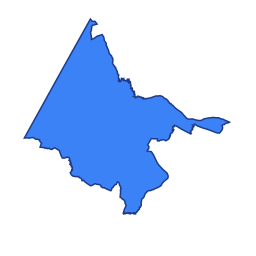 the district of Kasongo, Maniema, Democratic Republic of the Congo, rotated 119°
{"feature_id": "63176286B88012685356826", "entity_name": "Kasongo", "entity_type": "district", "adm_level": 2, "iso_a3": "COD", "parent_name": "Democratic Republic of the Congo", "parent_adm1": "Maniema", "projection": "orthographic", "projection_center": [26.428, -4.177], "detail": "fine", "context": "isolated", "style": "filled", "palette": "blue", "viewbox_px": 256, "rotation_deg": 119, "n_neighbors": 0, "source": "geoboundaries", "source_scale": "gbopen_adm2", "svg_char_len": 5700}
<svg xmlns="http://www.w3.org/2000/svg" viewBox="0 0 256 256"><g transform="rotate(119 128 128)"><path d="M205.0,90.8L205.3,89.9L204.5,89.5L204.0,89.9L204.1,89.2L203.7,89.3L203.8,88.5L203.3,88.3L203.0,87.3L202.8,87.2L202.5,87.4L202.0,87.1L202.0,86.6L202.4,86.4L202.5,86.1L201.9,85.7L202.1,85.4L201.4,85.2L201.7,84.4L201.0,84.5L201.0,83.7L200.4,83.8L200.7,83.6L200.3,82.5L199.5,82.0L199.8,81.7L199.3,81.2L199.8,81.1L199.6,80.9L200.0,80.7L199.5,79.7L198.8,80.1L198.2,80.0L197.5,79.5L197.2,79.8L195.4,79.2L195.4,79.4L194.7,79.4L193.5,78.8L192.8,78.9L192.4,79.5L191.7,79.1L191.3,79.3L191.1,78.9L189.5,78.8L187.3,80.1L185.8,80.7L185.5,80.7L185.0,81.1L183.3,81.4L182.2,80.9L180.9,80.6L177.0,81.1L173.4,80.1L172.7,79.6L172.1,78.1L170.2,76.9L169.7,76.0L168.0,75.0L165.3,72.8L162.4,71.2L159.5,71.2L157.1,70.6L153.0,68.9L152.2,68.9L150.5,69.6L148.5,72.0L147.2,77.9L145.2,83.7L143.9,86.1L139.3,92.4L137.7,95.4L137.4,96.3L138.7,99.5L138.8,100.2L138.1,100.3L135.7,99.9L134.1,100.7L133.3,102.6L126.0,102.5L124.6,99.5L123.3,97.5L123.5,96.7L124.2,96.6L124.9,96.1L124.9,95.6L124.0,94.2L123.0,93.9L122.5,93.0L121.2,91.8L120.8,90.3L120.9,88.9L120.2,88.3L118.0,87.1L116.9,87.0L116.1,87.4L115.7,87.0L115.2,87.3L114.6,87.2L114.3,87.8L113.9,87.5L113.6,87.6L113.4,87.5L112.7,88.0L112.5,87.8L111.1,87.7L110.7,87.0L109.4,87.3L109.1,87.1L108.9,87.5L108.8,87.2L108.2,87.4L108.1,87.2L107.6,88.0L107.3,87.7L107.3,88.2L106.8,88.2L106.2,89.0L105.2,89.5L105.0,89.4L105.1,89.0L104.6,89.0L104.4,88.3L103.4,88.6L103.6,88.2L102.8,87.2L103.1,80.8L102.8,70.3L102.6,70.1L102.2,70.3L101.9,70.2L101.6,70.9L100.6,71.7L100.3,71.3L99.5,71.5L98.3,70.8L97.3,71.0L97.1,71.7L96.4,71.5L96.4,71.3L96.3,71.7L95.4,71.3L95.5,71.8L95.1,71.7L95.3,72.1L94.7,72.0L94.8,72.5L94.4,72.0L94.4,71.7L94.0,71.9L93.9,72.3L93.7,71.7L93.2,71.7L92.6,70.9L92.3,71.1L92.5,68.0L91.7,62.6L90.5,57.0L89.2,48.1L88.1,45.5L85.1,44.9L83.2,44.9L81.6,45.5L80.2,47.0L79.3,46.7L78.2,45.3L76.8,45.0L75.9,44.2L74.9,42.8L73.7,42.1L74.2,46.9L74.2,48.9L74.9,50.7L75.1,53.7L76.5,56.3L77.4,58.5L78.2,59.8L78.8,60.3L79.9,62.1L83.2,66.0L85.3,67.2L86.6,68.6L87.9,71.9L88.8,76.0L90.6,78.8L91.1,80.5L90.9,82.3L90.1,84.0L89.7,85.7L88.5,88.6L87.9,94.6L87.3,97.6L86.4,99.7L86.6,101.4L85.8,102.3L86.2,102.9L86.1,103.9L85.7,104.2L85.5,105.4L85.0,105.7L84.8,106.2L84.1,108.6L84.4,110.2L83.9,112.1L83.8,114.0L84.4,116.0L85.1,116.7L86.6,119.3L90.5,122.7L93.4,126.2L94.0,126.6L94.1,127.9L94.9,128.4L95.2,129.1L95.1,129.7L94.5,129.1L94.3,129.1L94.1,129.5L94.8,130.5L94.5,131.2L95.1,132.3L94.8,132.9L95.3,133.1L95.3,134.8L96.2,135.4L97.0,135.2L98.0,136.4L96.9,137.1L96.8,137.3L97.1,137.2L97.4,137.5L97.5,138.1L97.1,137.7L96.6,137.8L96.8,138.0L96.5,138.3L95.2,138.3L95.0,138.5L95.3,139.2L95.2,139.6L94.3,139.8L93.7,140.6L93.4,140.6L93.3,139.9L93.0,140.1L92.9,140.4L93.2,140.7L93.8,140.9L93.7,141.5L93.6,141.9L93.4,142.0L93.4,141.7L92.8,142.1L92.6,142.5L92.9,142.7L92.8,142.8L92.6,142.6L92.2,142.9L91.8,143.6L91.4,143.3L91.0,143.8L91.5,144.3L92.1,144.1L92.1,144.9L91.3,144.9L90.6,145.5L89.6,145.8L89.6,146.5L88.8,146.5L88.5,147.0L86.9,148.0L87.2,149.5L87.7,148.9L88.1,149.0L88.2,149.3L87.1,150.3L86.5,150.2L86.2,149.4L85.9,150.3L84.8,150.8L85.2,151.4L85.3,151.1L85.6,151.3L85.7,151.8L86.0,151.7L86.0,152.2L86.5,152.1L86.5,151.6L86.7,151.8L87.1,151.5L87.0,151.8L87.1,151.6L87.4,151.8L87.2,151.9L87.7,152.6L87.8,153.7L88.5,154.0L87.8,154.0L87.8,154.6L88.6,154.7L88.2,155.4L86.8,155.8L87.8,156.9L87.6,157.7L87.9,157.8L88.4,157.5L88.2,157.4L88.3,157.1L88.5,157.1L88.6,156.8L90.4,157.0L90.5,156.8L90.5,157.0L91.0,157.2L90.9,157.4L91.1,157.3L91.3,157.9L91.6,157.9L91.7,158.4L91.5,159.0L91.0,158.9L90.8,159.6L89.5,159.1L88.9,160.6L87.9,161.3L86.6,161.6L85.8,162.2L85.8,163.3L85.6,163.7L84.5,164.1L83.8,164.8L82.1,167.2L81.0,168.3L80.9,169.4L80.4,169.8L80.2,170.7L79.2,172.4L78.6,173.1L76.4,173.8L75.2,174.8L74.6,175.0L74.5,175.5L72.9,177.4L72.1,180.2L68.7,183.6L68.6,184.1L67.7,185.3L67.2,185.5L67.1,186.1L66.6,186.5L66.5,186.9L64.5,188.1L63.0,191.1L60.3,193.2L58.8,195.9L62.8,199.6L66.0,201.1L68.3,203.0L66.3,203.9L65.5,204.7L65.2,204.7L64.3,205.8L63.7,206.3L63.1,206.4L62.4,207.1L59.7,207.6L58.7,208.2L58.0,208.2L57.4,208.8L55.6,209.0L52.1,205.4L50.7,208.7L52.1,211.0L50.9,213.7L109.7,213.9L187.0,213.8L186.2,212.4L185.6,211.7L184.7,209.4L184.3,209.1L182.6,206.8L182.3,205.6L182.6,203.1L181.3,200.8L181.6,200.3L181.4,199.5L181.9,199.3L182.3,198.7L183.1,197.1L183.2,196.2L185.3,196.0L187.4,195.6L185.7,191.5L186.0,190.8L185.5,190.7L185.2,190.2L185.1,188.5L184.3,187.3L183.9,187.1L184.1,185.5L183.7,184.2L180.9,182.7L180.9,177.4L184.6,173.1L186.1,170.8L184.8,168.6L183.0,167.2L182.9,166.4L182.3,165.5L182.8,165.0L182.9,164.6L183.5,164.1L183.6,163.8L184.8,163.9L184.7,163.5L184.9,163.4L184.9,162.8L185.1,162.7L184.9,162.4L185.8,162.1L185.8,161.3L186.7,161.4L186.8,161.0L187.1,161.3L187.0,161.0L187.4,161.0L187.5,160.7L187.6,161.2L187.9,161.2L187.8,160.7L188.1,160.2L188.9,158.9L189.4,158.7L189.1,158.0L189.4,157.9L189.5,157.5L190.4,157.0L191.2,157.1L191.3,156.6L191.9,156.8L192.1,156.3L192.4,156.5L192.5,156.8L193.7,156.5L194.4,156.6L195.0,156.9L196.3,155.1L196.8,153.3L196.1,150.7L194.4,147.6L194.9,147.1L195.0,146.3L194.7,144.7L194.9,144.3L196.4,142.6L196.1,142.2L195.6,142.1L195.3,141.5L195.7,140.8L196.2,138.5L196.7,132.9L196.2,132.1L192.6,129.7L192.3,127.8L191.2,125.1L191.5,123.7L192.4,123.1L192.2,122.4L192.6,121.7L191.8,119.4L191.7,116.8L191.2,112.6L190.3,112.5L188.1,112.9L187.3,112.3L185.9,112.4L184.5,111.9L184.0,112.0L183.0,111.0L180.2,111.0L179.9,110.5L180.4,109.2L182.2,107.6L182.5,106.6L184.0,105.3L184.2,104.6L185.6,104.7L188.1,103.2L192.3,101.4L192.3,100.4L192.8,99.2L192.9,96.9L194.0,94.5L195.0,94.4L196.7,92.0L200.5,91.8L205.0,90.8Z" fill="#3b82f6" stroke="#1e3a8a" stroke-width="1.5"/></g></svg>